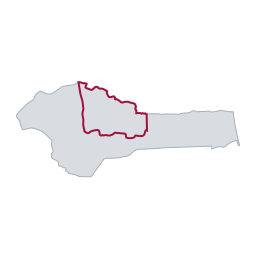 location of Borgou within Benin, rotated 268°
{"feature_id": "BEN-2169", "entity_name": "Borgou", "entity_type": "Department", "adm_level": 1, "iso_a3": "BEN", "parent_name": "Benin", "parent_adm1": "", "projection": "natural_earth1", "projection_center": [2.675, 9.701], "detail": "medium", "context": "in_parent", "style": "outline", "palette": "rose", "viewbox_px": 256, "rotation_deg": 268, "n_neighbors": 0, "source": "natural_earth", "source_scale": "10m", "svg_char_len": 3621}
<svg xmlns="http://www.w3.org/2000/svg" viewBox="0 0 256 256"><g transform="rotate(268 128 128)"><path d="M106.9,239.0L106.6,237.8L111.8,236.2L110.7,231.5L107.5,225.9L106.2,224.9L105.5,222.1L106.3,220.3L106.0,219.1L105.7,215.3L104.1,211.1L107.0,211.0L107.0,197.6L107.0,184.7L107.0,173.8L107.0,165.1L106.5,154.7L106.4,147.1L106.3,137.1L105.3,133.9L100.9,128.6L99.7,125.8L99.5,122.2L98.5,118.4L98.4,111.8L98.4,104.2L98.0,103.0L93.2,99.3L86.5,94.1L81.3,90.2L81.0,89.9L80.5,88.9L81.2,77.3L82.3,75.7L83.9,70.9L84.7,67.1L85.5,67.1L86.5,65.8L87.3,64.0L88.2,64.4L89.7,64.7L90.4,64.1L90.3,62.6L90.8,61.2L92.0,60.5L92.3,59.2L92.3,57.7L93.3,57.4L95.1,57.4L96.5,56.9L97.6,56.2L99.1,53.2L99.9,52.1L100.2,51.4L101.0,50.7L103.3,50.4L105.2,50.6L106.4,52.4L114.3,50.8L118.1,51.7L125.9,44.2L127.6,41.9L130.0,36.5L130.8,34.5L131.5,30.8L130.0,24.0L130.1,22.8L133.2,21.3L137.2,20.2L138.8,20.1L139.8,19.5L141.2,18.0L143.6,17.0L145.0,17.3L145.9,17.5L154.3,26.5L157.9,31.1L158.9,33.4L160.8,35.1L163.5,36.1L166.1,38.4L168.0,41.7L166.8,44.1L164.8,48.8L164.7,52.6L169.4,60.4L169.9,61.3L171.1,62.5L171.8,64.0L172.3,67.8L172.7,72.2L173.1,75.2L175.3,79.3L175.5,81.0L173.9,87.1L173.5,87.8L173.1,88.0L170.7,87.4L169.7,88.1L168.3,90.2L167.5,92.3L167.5,93.2L169.6,97.1L168.3,102.7L166.9,106.2L164.4,108.2L162.2,108.7L160.6,109.6L159.7,110.8L159.9,114.8L156.6,118.5L154.8,121.0L153.9,122.6L154.2,127.3L153.1,132.1L151.1,135.8L146.5,136.6L142.7,137.1L141.4,146.7L141.4,152.8L141.1,159.0L140.5,161.5L140.7,165.0L140.4,173.1L139.9,179.4L140.6,181.1L141.0,184.8L141.0,188.7L141.9,191.4L143.0,193.7L143.0,194.9L142.4,195.7L141.9,196.6L141.9,205.7L142.1,208.4L141.9,210.1L141.0,211.6L141.4,216.2L142.0,219.1L142.7,221.2L142.0,223.0L141.5,225.4L140.6,231.5L140.6,233.6L127.5,235.0L113.0,237.5L106.9,239.0Z" fill="#d9dde1" stroke="#a8b0b8" stroke-width="1"/><path d="M175.5,80.1L175.5,81.2L175.3,82.2L174.5,84.0L174.3,85.0L174.2,86.8L174.0,87.5L173.5,88.2L173.1,88.2L171.1,87.1L170.4,86.9L169.8,87.1L169.0,88.2L168.8,89.5L168.0,90.9L167.4,92.6L167.4,93.2L167.8,94.0L169.9,96.5L170.2,97.0L170.3,97.6L170.2,98.4L169.9,99.2L169.1,99.8L168.6,100.3L168.4,100.9L168.2,104.0L167.9,104.7L166.9,106.1L166.1,107.8L165.5,108.4L163.7,108.1L162.5,108.5L160.2,109.6L159.7,110.0L159.5,110.7L159.4,111.5L159.5,112.2L159.9,113.3L160.1,114.4L159.9,115.4L158.9,116.0L157.8,115.9L157.3,116.0L157.0,116.9L157.2,117.6L157.2,117.8L155.3,120.7L155.1,120.9L154.4,121.3L153.8,122.4L153.6,123.4L154.3,126.1L154.3,128.5L154.2,129.2L153.5,130.6L152.5,134.3L152.0,135.4L151.3,136.0L149.1,136.7L148.8,136.7L147.8,136.1L147.5,136.0L146.2,136.1L145.3,137.0L144.9,137.0L142.5,136.8L142.6,137.8L142.5,140.0L142.4,141.0L141.8,141.9L141.9,142.2L142.2,142.4L142.3,142.6L142.3,143.2L141.8,144.7L142.0,145.6L142.0,145.9L141.3,146.4L141.1,146.7L141.1,147.1L124.7,146.9L125.0,145.6L124.8,145.4L121.4,144.3L120.3,143.5L119.9,142.9L119.6,142.4L119.5,141.0L119.5,139.3L119.8,137.6L120.2,135.8L120.2,135.3L119.9,134.8L118.7,134.1L118.1,133.1L117.9,132.2L117.8,131.0L117.8,129.0L117.9,127.8L118.4,126.2L119.1,125.8L121.8,125.5L122.2,125.1L122.5,124.5L123.7,115.2L123.7,114.7L123.4,114.1L122.3,112.8L121.9,112.0L121.2,109.9L121.2,108.8L121.4,106.9L121.7,105.8L121.7,105.1L121.4,103.4L121.7,102.8L121.8,102.4L121.5,101.7L121.4,100.9L121.6,100.4L121.8,100.1L122.4,99.6L124.9,99.3L126.2,98.8L126.7,98.4L127.0,98.0L127.1,96.8L126.8,94.3L126.3,92.0L125.7,90.4L124.7,89.2L124.3,88.4L124.4,87.3L124.6,86.8L125.0,86.0L125.8,84.8L126.6,84.2L128.1,84.2L129.7,83.7L131.3,83.6L132.9,83.3L137.7,83.7L142.7,83.0L144.4,83.0L148.9,84.1L156.4,83.4L163.8,81.6L175.5,80.1Z" fill="none" stroke="#9f1239" stroke-width="2"/></g></svg>